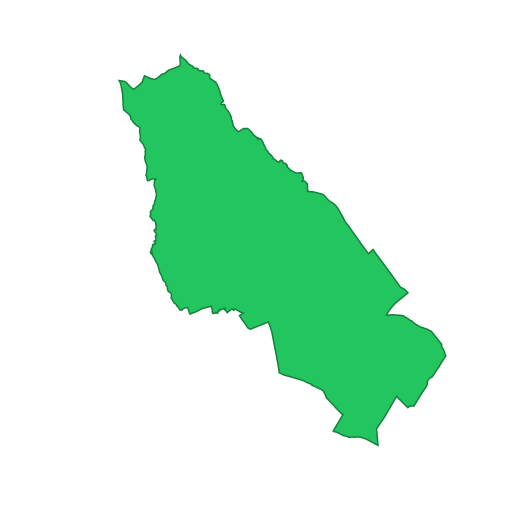 the district of Faraoani, Bacau, Romania, rotated 47°
{"feature_id": "2599482B40423356180677", "entity_name": "Faraoani", "entity_type": "district", "adm_level": 2, "iso_a3": "ROU", "parent_name": "Romania", "parent_adm1": "Bacau", "projection": "orthographic", "projection_center": [26.881, 46.431], "detail": "fine", "context": "isolated", "style": "filled", "palette": "green", "viewbox_px": 512, "rotation_deg": 47, "n_neighbors": 0, "source": "geoboundaries", "source_scale": "gbopen_adm2", "svg_char_len": 6042}
<svg xmlns="http://www.w3.org/2000/svg" viewBox="0 0 512 512"><g transform="rotate(47 256 256)"><path d="M477.7,295.9L464.6,285.7L461.4,271.7L454.5,249.0L470.5,248.4L470.6,246.3L471.8,244.2L473.5,243.1L469.7,229.5L467.5,219.9L466.8,218.6L466.0,217.8L464.5,215.9L463.7,212.1L464.6,210.3L464.1,207.3L462.6,201.6L461.9,197.9L460.3,192.7L458.6,185.5L454.8,183.7L451.5,182.5L448.9,182.1L447.2,180.4L430.7,179.2L429.4,179.6L428.7,180.0L426.7,180.5L424.2,182.0L423.1,182.4L421.7,183.1L420.2,184.2L416.7,185.1L415.6,185.6L413.1,186.1L411.6,186.2L410.5,186.6L409.7,186.4L408.7,186.9L406.7,187.5L406.1,187.4L403.2,188.2L402.2,188.7L401.0,188.7L400.1,189.1L397.4,191.2L394.5,194.0L394.2,194.5L392.4,195.6L388.9,200.4L388.2,200.8L387.2,197.7L386.4,194.1L385.9,191.0L385.7,188.2L385.6,185.6L386.6,170.0L383.7,169.9L380.8,170.3L378.6,171.1L377.8,171.7L355.9,168.9L336.7,166.8L331.1,165.9L331.0,167.7L331.0,170.6L331.1,172.2L324.8,171.6L296.5,167.8L291.2,167.3L286.7,165.9L275.8,163.4L272.8,163.4L270.1,163.7L268.5,164.0L267.3,164.5L265.0,164.9L256.7,164.9L251.5,168.2L248.0,170.5L245.8,172.6L245.5,172.7L244.5,173.5L244.3,173.8L244.3,174.2L243.8,174.3L242.4,172.7L240.0,170.8L239.0,169.8L238.9,169.5L238.4,169.2L237.6,169.4L234.7,169.2L234.0,169.6L232.8,171.1L231.7,168.3L228.3,166.8L226.8,166.3L225.9,166.2L225.2,166.7L224.5,168.0L223.2,169.6L221.0,170.8L216.8,172.2L212.6,172.4L211.7,172.1L211.2,171.5L210.8,171.4L209.0,171.3L208.6,171.3L207.6,171.9L206.4,172.7L205.8,172.5L205.0,171.7L203.1,172.2L202.8,172.6L202.8,173.4L203.0,175.5L200.7,176.2L199.0,176.2L197.3,176.9L196.8,176.9L195.6,176.5L193.0,176.1L191.2,176.4L189.1,176.4L186.8,175.9L184.9,176.1L183.8,175.4L180.0,174.3L177.6,173.4L174.6,172.7L173.4,172.7L171.9,173.8L171.7,174.2L172.1,174.8L171.7,175.0L171.2,174.6L171.0,174.0L170.3,174.4L169.2,174.7L164.8,175.3L163.7,174.7L157.9,175.0L156.8,175.4L156.0,176.2L155.4,177.2L154.6,177.7L154.4,178.0L154.2,178.6L153.6,181.9L153.5,182.7L153.3,183.5L152.7,184.3L148.9,184.3L145.6,183.9L143.7,183.1L142.6,182.2L140.8,181.2L139.2,180.7L137.2,179.2L132.3,177.7L127.0,177.3L124.4,175.8L123.8,175.8L123.2,176.1L122.3,177.4L121.6,178.0L120.9,178.0L120.6,177.7L120.4,176.8L120.7,174.6L120.5,174.1L120.0,173.8L118.0,173.5L116.0,172.5L113.4,171.5L111.5,170.4L106.0,168.1L101.4,166.9L99.3,167.5L94.5,168.4L93.8,168.2L92.9,167.0L92.1,166.5L90.9,166.5L89.4,166.9L87.3,169.0L86.6,169.0L85.4,168.4L84.8,168.3L84.0,168.8L82.5,170.6L81.6,171.2L79.7,170.8L78.7,171.0L77.3,172.4L76.5,173.0L74.2,172.9L72.9,173.1L70.9,174.1L69.9,174.3L64.8,173.9L60.3,174.7L58.7,174.6L57.5,174.2L57.9,175.1L59.8,177.1L63.2,179.7L64.7,181.3L64.6,182.9L63.4,186.4L61.9,189.8L60.5,193.3L60.3,194.9L60.4,197.2L59.5,200.0L58.8,200.9L58.8,203.2L58.5,207.1L58.2,208.3L57.7,209.5L56.4,210.7L53.2,212.6L48.1,214.6L50.7,219.7L51.2,220.9L51.2,226.1L50.9,228.8L50.9,231.4L48.9,232.4L48.4,232.3L46.9,232.6L40.6,232.5L38.0,233.5L34.3,236.5L36.9,237.1L39.6,238.6L46.9,243.3L55.2,250.4L58.9,253.2L59.2,252.8L62.1,252.8L66.5,252.1L69.2,253.2L70.6,254.2L72.1,254.1L75.3,254.6L79.1,254.4L82.7,253.2L83.7,254.1L85.1,255.8L86.7,257.2L88.2,257.9L90.1,259.4L90.8,260.1L91.4,261.2L92.2,262.0L97.4,262.3L99.5,263.0L100.9,263.8L102.3,263.7L102.7,263.9L103.4,265.3L106.3,267.7L107.4,269.4L108.7,270.7L109.9,271.5L112.3,272.8L114.7,273.6L116.5,274.7L118.5,277.1L120.6,279.4L122.0,281.5L124.3,282.3L126.4,283.9L127.1,283.8L127.6,283.1L128.4,280.5L129.3,278.8L131.5,277.0L131.5,278.1L131.6,278.6L134.4,282.0L136.6,283.2L138.3,283.8L140.5,285.4L142.3,286.1L144.8,289.0L145.5,290.1L146.1,290.8L147.4,293.7L148.8,294.8L148.9,296.5L149.3,297.3L151.4,299.6L151.3,301.9L151.5,302.7L152.7,304.2L153.1,304.1L154.0,304.6L154.2,305.8L154.8,306.5L155.7,306.8L156.5,306.3L157.9,306.9L159.4,307.0L159.7,306.9L159.9,306.1L160.4,306.0L160.8,306.4L162.7,306.2L164.8,308.1L165.1,308.1L165.5,307.9L166.1,308.4L166.4,309.1L166.9,309.5L167.7,309.9L167.8,310.5L167.6,311.2L168.5,311.4L168.3,311.9L167.8,312.5L167.8,313.2L169.5,313.6L170.6,313.4L172.9,314.5L172.7,315.1L172.8,315.7L173.6,316.7L174.0,317.0L174.6,316.9L175.0,317.1L175.5,317.9L176.3,318.5L176.0,319.6L175.6,320.1L175.8,320.5L178.0,320.9L178.4,321.2L178.5,321.6L178.4,321.9L177.6,322.6L177.3,323.5L177.4,324.3L178.4,324.9L179.4,327.2L179.5,327.9L180.0,328.5L180.6,328.3L180.9,328.6L181.1,328.9L180.8,329.9L181.0,330.4L181.4,330.8L181.8,331.0L182.4,330.9L183.0,329.6L183.3,330.0L183.2,331.0L183.3,331.2L184.1,330.9L185.6,331.2L186.5,331.7L187.9,331.6L189.8,332.4L195.9,334.1L202.2,337.5L206.0,338.5L210.9,340.6L212.6,340.2L213.4,340.3L215.8,341.6L216.8,341.8L217.8,341.8L218.5,342.0L218.9,342.7L220.1,343.5L222.0,344.3L222.7,344.2L224.0,343.5L226.1,343.9L226.8,344.3L227.9,345.5L228.5,346.5L229.5,347.0L230.8,346.8L231.4,347.3L232.0,347.5L233.6,347.5L234.6,348.0L237.1,347.3L238.4,348.0L239.1,347.7L239.7,347.7L241.7,348.1L243.3,348.6L245.1,347.1L244.8,346.0L245.5,343.1L247.2,341.3L250.3,342.5L252.3,343.6L253.6,343.8L256.3,336.6L257.8,331.3L262.1,323.0L263.4,323.8L264.8,324.1L265.4,324.8L267.9,326.6L268.7,326.7L269.2,326.2L269.6,325.3L269.7,324.7L269.6,324.4L270.5,324.1L270.5,323.9L271.7,323.0L271.5,322.6L270.9,322.2L270.9,321.4L270.7,320.9L271.2,320.2L270.7,319.8L270.8,319.4L270.4,319.0L271.0,318.5L271.4,318.5L272.0,316.6L272.3,315.3L273.4,315.6L273.4,314.6L274.0,315.4L276.1,315.4L277.7,315.8L278.3,309.7L280.6,309.3L280.4,308.3L280.4,307.7L280.6,307.5L286.4,305.6L289.0,304.4L288.3,308.8L294.1,309.8L297.2,310.0L303.3,311.0L305.9,309.9L306.8,307.2L311.1,296.2L312.6,292.0L318.1,294.2L321.9,296.0L350.3,313.8L357.2,318.6L362.1,316.7L377.2,307.6L379.6,306.4L385.7,304.0L387.5,302.9L388.1,302.7L388.4,303.3L396.2,300.1L399.7,298.9L401.2,299.0L403.6,299.7L405.4,300.2L407.8,301.3L417.6,301.0L420.9,301.2L429.8,301.0L431.3,300.4L431.9,302.7L436.6,318.7L436.7,318.9L437.6,318.8L439.5,317.4L441.3,316.6L445.5,315.1L446.4,314.9L447.1,314.5L447.5,314.0L448.1,313.8L448.7,313.3L451.0,312.0L451.4,312.0L453.2,310.5L453.4,309.5L455.7,307.8L455.9,307.0L458.5,304.2L460.5,302.7L463.2,301.2L465.4,300.2L477.7,295.9Z" fill="#22c55e" stroke="#15803d" stroke-width="1.5"/></g></svg>